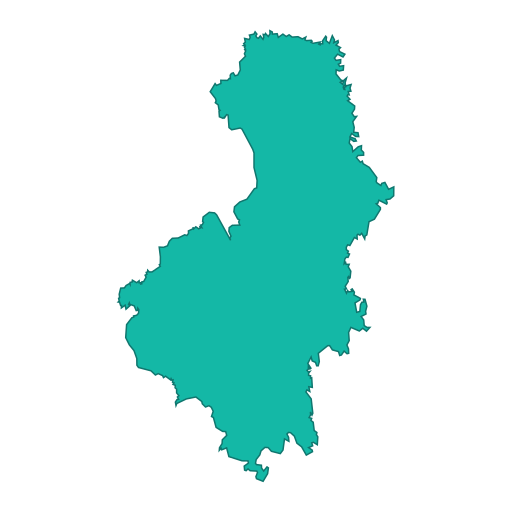 So Phisai, Bueng Kan, Thailand
{"feature_id": "78962969B4789393991708", "entity_name": "So Phisai", "entity_type": "district", "adm_level": 2, "iso_a3": "THA", "parent_name": "Thailand", "parent_adm1": "Bueng Kan", "projection": "equal_earth", "projection_center": [103.426, 18.145], "detail": "fine", "context": "isolated", "style": "filled", "palette": "teal", "viewbox_px": 512, "rotation_deg": 0, "n_neighbors": 0, "source": "geoboundaries", "source_scale": "gbopen_adm2", "svg_char_len": 6002}
<svg xmlns="http://www.w3.org/2000/svg" viewBox="0 0 512 512"><path d="M350.9,327.4L359.3,331.0L362.8,328.3L366.5,331.2L369.9,327.4L367.0,327.4L364.2,325.6L363.7,319.9L361.1,316.5L366.0,314.0L365.6,311.3L366.9,306.2L365.0,299.3L363.3,299.2L363.9,302.1L361.9,302.2L360.5,304.6L359.8,311.5L356.7,312.3L355.0,302.9L360.0,299.9L360.4,298.4L353.9,294.9L354.4,292.2L352.2,288.9L351.1,289.6L352.1,291.4L348.8,291.9L347.6,290.6L346.5,293.2L344.5,289.2L346.5,288.9L345.2,286.3L348.2,281.5L347.8,277.4L348.6,276.5L349.5,278.4L350.1,277.8L350.8,271.2L348.2,266.8L349.2,264.3L346.1,264.4L345.6,262.4L344.2,263.7L344.9,258.9L346.3,257.2L348.0,257.4L349.5,254.0L347.5,253.1L348.4,251.2L346.3,249.6L346.3,247.2L347.7,244.8L349.9,245.5L354.4,237.5L357.2,239.0L357.0,235.2L358.0,234.2L359.9,235.2L361.7,233.3L364.7,238.9L365.1,236.0L366.8,234.9L369.0,221.7L374.4,219.2L380.4,209.4L380.4,207.6L376.2,203.8L377.8,203.2L378.9,200.2L386.6,204.1L387.2,202.9L386.1,199.6L390.0,199.0L393.7,195.8L393.8,186.9L388.6,189.3L384.9,182.4L381.7,183.4L380.9,185.5L377.0,182.9L376.2,181.6L376.8,177.6L369.3,167.4L363.1,163.7L362.3,161.1L360.4,162.3L356.4,157.7L358.0,155.5L363.6,155.2L363.6,152.4L361.3,150.0L361.5,145.7L358.2,146.8L352.8,151.6L352.0,146.6L349.2,143.0L350.0,138.6L353.8,141.4L356.3,141.0L355.1,138.7L349.9,136.9L351.7,133.5L355.7,136.5L358.7,136.6L358.0,132.7L353.7,132.3L354.2,127.3L352.8,121.7L356.6,116.4L354.3,116.7L351.9,113.3L354.5,109.2L354.7,106.0L347.6,100.7L350.0,99.3L347.1,96.1L347.8,94.7L349.2,94.9L348.2,91.5L350.9,91.2L350.0,88.1L351.1,84.5L346.2,85.8L344.3,87.8L344.8,89.5L344.0,89.4L343.2,87.3L344.0,85.2L345.7,86.1L345.1,82.8L346.5,78.0L344.0,80.1L342.5,84.2L340.2,82.3L343.0,80.8L340.8,79.9L336.0,73.9L336.2,69.8L339.3,71.0L343.3,70.1L343.6,65.7L339.6,66.3L338.3,64.2L340.6,63.1L340.7,59.6L336.1,60.4L334.4,58.1L337.6,54.2L343.0,57.0L344.9,54.2L339.6,51.6L338.9,49.1L340.5,47.6L336.0,45.1L338.3,42.6L338.0,40.6L333.8,42.7L334.5,39.9L332.3,35.7L329.4,43.3L326.1,40.7L326.5,37.2L325.7,36.2L322.6,40.8L322.7,43.8L320.4,43.8L320.2,44.8L318.7,44.2L320.3,42.0L313.0,43.3L311.0,42.3L312.1,41.2L311.3,40.3L306.4,40.6L304.9,39.8L305.8,37.1L302.3,38.9L298.0,36.7L292.2,37.1L289.1,34.8L286.2,36.5L282.9,34.1L278.3,37.4L277.2,33.7L272.4,34.1L272.3,32.0L269.9,30.7L270.0,33.8L268.3,36.5L265.5,33.5L265.1,34.7L263.2,34.4L263.8,37.3L263.0,39.3L260.3,35.9L258.4,38.3L256.9,37.7L255.8,35.9L256.9,34.1L255.1,31.8L253.9,34.1L249.4,35.1L250.2,37.3L249.2,39.5L244.6,38.4L245.3,42.2L243.7,43.6L244.8,44.8L243.4,45.6L245.2,46.1L244.5,47.4L245.5,49.2L244.7,49.6L245.7,50.9L244.4,53.8L245.5,56.2L239.6,62.1L240.3,70.0L237.8,75.0L235.0,75.8L233.3,72.8L231.4,73.5L230.2,75.2L230.4,78.7L229.3,78.4L227.5,80.4L220.8,80.3L220.9,83.5L216.5,85.4L215.1,83.6L210.2,91.7L215.5,98.6L216.1,101.0L215.3,102.7L218.2,104.9L219.0,109.8L220.0,110.3L219.0,111.2L219.4,116.8L223.0,118.3L224.2,117.3L224.1,118.5L226.6,114.6L228.1,115.1L229.0,127.6L231.7,129.8L240.2,128.0L242.0,129.1L252.7,149.2L254.0,152.9L254.0,167.5L257.1,180.4L256.7,187.9L254.4,188.7L246.9,199.2L239.8,202.0L234.5,206.8L233.9,211.8L237.7,219.0L239.5,219.9L238.7,222.0L239.8,225.1L232.3,225.3L229.2,227.6L228.9,231.4L231.0,236.2L229.8,238.0L230.6,240.3L216.6,214.8L214.6,212.9L209.3,212.3L203.1,217.0L202.6,221.5L203.5,222.3L202.3,224.7L200.6,225.1L201.8,227.6L199.9,226.8L200.2,228.1L198.7,228.8L195.8,226.8L193.7,228.9L193.0,227.2L193.0,228.8L188.4,230.9L188.5,233.4L186.9,235.5L184.7,234.8L178.2,238.0L172.3,238.3L169.3,241.3L167.5,245.8L163.6,247.3L159.2,247.1L160.4,256.8L160.3,264.0L159.3,264.7L160.3,266.3L152.1,271.9L149.3,272.0L147.7,270.3L147.6,271.9L146.2,272.4L146.9,274.3L145.1,275.2L146.1,277.2L143.7,281.5L141.8,281.9L141.8,283.8L140.9,284.0L141.3,282.6L139.2,282.9L139.1,280.8L136.7,282.7L132.4,280.2L132.1,282.0L130.1,282.4L130.1,284.4L129.6,283.5L126.1,285.5L124.4,287.9L120.7,288.1L119.2,294.2L119.6,297.7L118.6,298.3L119.2,301.0L118.2,302.0L119.6,302.2L120.6,305.5L121.5,305.5L121.4,307.9L125.1,305.2L126.0,309.2L129.9,305.7L128.5,304.4L129.3,302.9L129.6,304.2L134.2,305.9L136.2,310.6L137.7,310.3L137.8,308.2L138.8,309.5L138.5,313.3L136.6,315.3L133.6,315.9L133.8,317.0L131.8,317.8L126.6,324.6L125.7,337.6L129.3,344.8L134.0,350.6L136.8,358.5L136.9,365.2L138.5,367.5L151.0,370.8L155.4,375.0L158.2,373.6L162.6,375.6L163.5,377.6L165.6,376.2L170.7,380.0L171.1,378.8L171.7,380.1L173.0,379.8L172.5,382.3L174.0,382.9L173.0,384.4L175.3,385.3L175.1,387.8L176.6,389.1L176.6,392.9L178.9,395.7L177.4,397.0L178.6,399.3L177.0,399.6L175.4,402.1L176.0,405.5L176.8,403.5L186.4,398.9L195.9,397.0L201.8,401.5L202.3,403.8L205.5,407.0L209.0,405.7L211.3,407.3L213.2,411.3L211.5,416.5L213.4,417.5L216.1,427.4L222.6,431.4L225.7,431.6L226.7,435.4L222.3,439.8L222.1,443.6L219.5,447.7L219.3,450.3L221.1,448.2L221.7,449.8L226.6,447.9L228.9,456.6L242.0,460.8L248.0,460.9L248.4,463.1L244.2,466.1L244.6,470.1L246.1,470.7L248.0,468.9L250.1,470.7L256.8,471.1L257.5,472.5L255.9,476.7L256.5,478.7L263.1,481.3L267.6,473.7L268.4,467.9L267.0,466.9L263.7,471.0L261.6,468.1L261.4,465.2L256.5,464.6L255.5,463.3L256.2,459.5L259.8,454.9L261.0,450.9L264.9,447.4L268.2,447.6L271.4,451.3L280.3,453.6L283.0,450.0L284.5,438.9L288.9,441.3L288.6,437.4L286.9,434.0L288.6,432.4L290.6,432.7L294.4,436.2L296.9,443.2L301.6,446.8L306.3,455.1L312.5,451.7L312.2,450.1L308.6,447.6L312.7,445.8L311.7,442.8L313.4,442.3L317.3,444.7L317.8,436.8L316.4,434.7L316.9,432.5L314.2,430.5L313.2,422.2L310.9,420.4L311.7,418.4L309.1,417.6L310.6,414.9L310.4,411.9L312.0,415.1L312.8,413.3L311.2,398.9L305.9,391.9L306.9,389.9L309.8,391.5L308.8,386.7L312.3,387.4L311.7,377.8L310.5,378.2L310.6,375.8L308.6,375.4L308.6,373.2L309.9,371.5L308.3,372.0L307.0,370.3L308.3,369.2L308.4,366.2L309.9,369.0L310.9,368.2L307.8,363.5L311.1,357.0L312.2,360.9L315.5,362.4L316.7,365.8L318.2,365.8L319.3,361.6L318.3,353.3L327.7,345.7L329.6,345.6L332.4,349.9L338.5,351.6L339.7,355.5L341.4,355.0L344.1,351.1L347.0,353.7L348.7,353.3L348.5,348.9L346.9,345.0L349.2,340.6L348.6,332.4L350.9,327.4Z" fill="#14b8a6" stroke="#0f766e" stroke-width="1.5"/></svg>